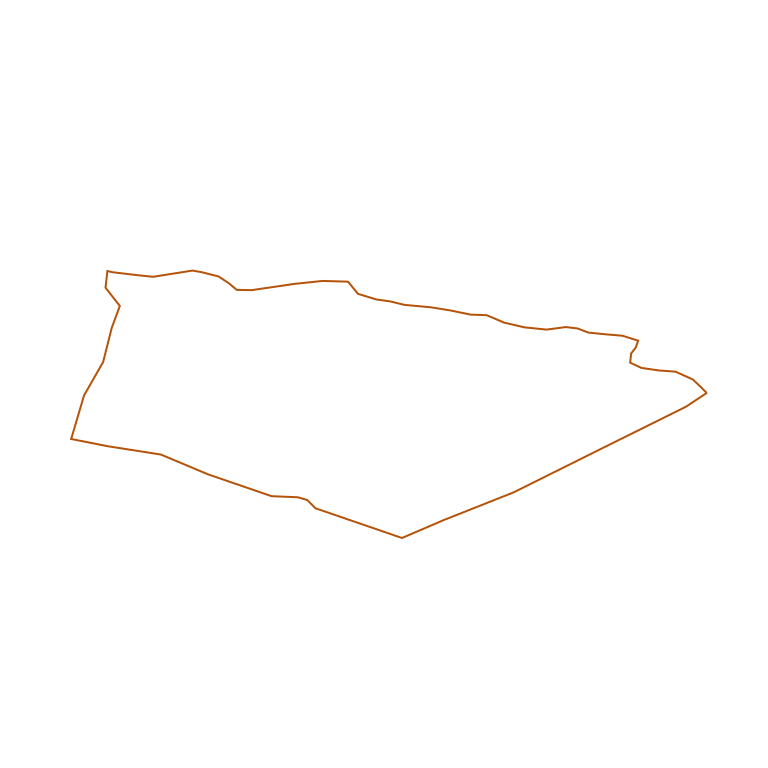 outline of Malå, Västerbotten, Sweden, rotated 351°
{"feature_id": "70781695B10174824853138", "entity_name": "Malå", "entity_type": "district", "adm_level": 2, "iso_a3": "SWE", "parent_name": "Sweden", "parent_adm1": "Västerbotten", "projection": "equal_earth", "projection_center": [18.759, 65.261], "detail": "fine", "context": "isolated", "style": "outline", "palette": "amber", "viewbox_px": 768, "rotation_deg": 351, "n_neighbors": 0, "source": "geoboundaries", "source_scale": "gbopen_adm2", "svg_char_len": 896}
<svg xmlns="http://www.w3.org/2000/svg" viewBox="0 0 768 768"><g transform="rotate(351 384 384)"><path d="M128.5,229.1L124.0,245.3L135.3,265.6L123.9,285.9L110.0,318.4L86.0,348.3L66.4,389.4L101.3,402.2L152.6,418.8L196.2,445.8L255.4,477.2L281.2,482.4L290.1,486.6L296.8,496.0L331.5,514.4L377.6,538.9L422.3,527.6L495.1,511.3L586.9,482.4L678.6,453.7L701.6,443.2L701.3,443.3L696.7,436.9L689.8,427.9L673.8,417.4L657.9,413.7L640.8,408.4L630.5,401.5L632.8,392.6L638.4,387.3L641.8,381.0L627.0,373.6L609.9,369.4L594.0,365.2L583.8,359.4L572.4,356.2L553.1,355.7L531.5,350.0L512.1,342.1L496.2,332.1L480.3,329.0L461.0,321.7L441.7,315.4L416.7,309.1L403.1,303.4L389.4,299.2L372.4,290.9L364.5,277.3L339.5,272.6L311.1,271.1L268.0,270.6L253.3,268.0L246.5,260.2L237.4,251.9L221.6,245.1L212.5,242.0L189.8,242.0L172.8,242.0L159.2,238.4L133.2,231.1L128.5,229.1Z" fill="none" stroke="#b45309" stroke-width="2"/></g></svg>